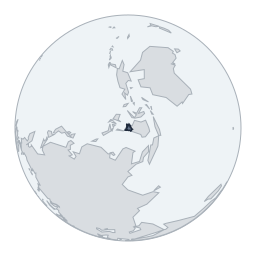 the Earth from above Sabah, rotated 239°
{"feature_id": "MYS-1186", "entity_name": "Sabah", "entity_type": "State", "adm_level": 1, "iso_a3": "MYS", "parent_name": "Malaysia", "parent_adm1": "", "projection": "orthographic", "projection_center": [117.356, 5.751], "detail": "fine", "context": "on_globe", "style": "filled", "palette": "slate", "viewbox_px": 256, "rotation_deg": 239, "n_neighbors": 0, "source": "natural_earth", "source_scale": "10m", "svg_char_len": 9939}
<svg xmlns="http://www.w3.org/2000/svg" viewBox="0 0 256 256"><g transform="rotate(239 128 128)"><circle cx="128" cy="128" r="113" fill="#eef3f6" stroke="#a8b0b8"/><path d="M224.1,164.0L224.0,164.8L223.9,164.9L224.1,164.0ZM183.3,29.8L182.6,29.6L185.7,31.7L182.1,29.5L190.7,35.7L192.1,38.3L188.2,33.9L186.0,32.5L185.8,33.2L183.5,31.9L182.1,31.7L179.4,30.2L177.3,28.2L175.5,27.3L175.5,27.9L172.7,27.1L173.0,26.2L168.3,24.8L163.9,22.1L166.8,22.3L175.2,25.7L183.3,29.8ZM234.4,92.2L233.5,89.8L234.1,91.0L234.4,92.2ZM232.9,88.5L233.2,89.3L232.9,88.7L232.9,88.5ZM232.7,88.3L232.8,88.5L232.7,88.5L232.7,88.3ZM232.5,88.3L232.5,88.2L232.6,88.3L232.5,88.3ZM231.8,87.5L231.6,87.2L231.6,86.9L231.8,87.5ZM188.5,33.7L188.4,33.3L189.3,34.2L188.5,33.7ZM182.4,31.9L183.2,32.5L182.1,32.2L182.4,31.9ZM177.0,29.7L175.0,29.1L176.6,29.3L177.0,29.7ZM173.7,28.5L169.0,27.5L170.3,28.6L163.9,25.3L170.0,27.0L171.8,27.0L172.0,27.7L173.7,28.5ZM161.1,23.7L159.7,23.3L160.8,23.4L161.1,23.7ZM33.0,67.5L31.4,70.8L32.0,71.4L38.7,62.5L37.6,61.1L41.1,56.6L44.8,53.9L46.3,55.8L47.6,54.1L49.7,49.7L53.2,47.2L50.8,48.0L49.5,49.8L48.0,50.6L49.1,49.0L50.3,48.1L50.7,47.1L45.1,52.2L43.1,54.6L42.3,54.9L39.0,59.0L38.1,60.1L43.6,53.4L49.7,47.0L56.2,41.2L63.1,35.9L63.1,36.0L64.1,35.3L67.6,33.0L66.8,33.6L70.4,31.3L71.8,31.1L73.2,29.7L77.5,27.5L80.6,26.2L82.3,25.3L77.1,27.5L74.8,28.7L72.4,30.0L70.5,31.2L78.0,27.0L85.9,23.5L89.5,22.3L91.7,22.0L86.0,25.5L83.0,26.5L83.6,25.6L79.1,28.2L81.3,27.1L80.6,27.9L84.5,26.4L84.2,26.9L88.5,24.8L88.5,25.3L85.8,26.5L91.6,25.3L92.9,26.1L94.3,25.7L95.5,24.9L96.4,26.8L97.4,26.4L97.5,25.6L99.7,24.3L103.8,23.0L103.9,23.7L102.4,24.3L99.4,26.8L95.4,28.5L95.9,28.7L99.3,27.4L103.0,24.3L105.5,23.4L104.1,24.7L104.8,24.1L106.0,23.9L107.3,24.4L109.0,23.0L122.6,20.8L126.5,22.1L123.7,23.2L133.3,23.7L136.9,25.8L137.0,24.9L141.7,25.0L140.6,24.3L141.0,24.0L152.5,24.9L155.3,25.9L160.3,26.1L160.4,25.8L158.7,24.9L163.9,25.3L170.3,28.6L169.9,29.2L174.2,31.2L172.5,32.3L173.1,34.5L168.8,35.0L169.7,36.9L171.3,37.6L173.7,41.0L173.0,46.4L166.5,39.1L166.0,32.1L165.6,34.5L163.6,33.2L162.2,33.7L162.0,35.7L163.3,36.4L152.3,37.2L147.9,42.7L153.3,43.2L156.1,45.7L155.7,54.2L143.3,64.9L146.9,69.7L146.7,72.6L142.7,73.9L142.9,69.6L139.3,67.6L140.0,65.3L133.7,66.4L134.4,63.1L129.0,65.9L130.4,68.8L135.8,68.8L130.9,73.1L135.6,78.7L135.5,84.9L125.3,95.0L116.0,97.6L115.3,99.5L111.9,96.9L106.9,100.5L112.7,112.8L112.3,116.3L104.5,122.1L104.4,119.6L95.5,112.5L93.4,120.6L100.1,128.1L102.4,136.5L97.1,133.4L94.8,126.1L91.6,123.4L92.8,116.3L90.8,105.5L85.4,107.0L86.1,102.8L82.6,94.0L75.0,96.0L62.8,106.0L60.5,116.7L56.6,121.1L53.0,105.0L54.2,94.7L51.2,95.3L49.0,86.3L40.2,84.4L40.4,81.8L38.5,82.7L37.1,79.7L38.2,75.5L36.7,75.4L34.3,86.6L36.1,86.8L39.8,83.1L38.6,87.1L40.1,91.1L32.9,99.9L22.4,106.5L24.0,98.5L29.4,76.5L30.7,74.4L30.8,74.1L31.0,73.6L28.9,77.1L30.7,73.1L25.0,87.7L22.9,94.1L22.2,107.0L21.7,108.1L22.2,111.0L27.2,109.1L26.6,111.8L22.7,123.7L18.1,139.4L20.2,151.5L22.4,161.5L22.9,167.3L26.2,175.3L26.9,177.6L29.2,182.0L31.0,185.2L27.0,178.0L23.7,170.4L20.8,162.7L18.6,154.7L16.9,146.6L15.8,138.4L15.4,130.2L15.5,121.9L16.3,113.7L17.6,105.6L19.6,97.5L22.1,89.7L25.2,82.0L28.8,74.6L33.0,67.5ZM45.1,63.0L47.7,64.3L51.2,58.3L52.5,58.5L53.1,56.5L51.4,57.9L53.8,52.9L56.5,51.8L58.6,49.6L57.8,49.1L52.3,52.0L48.9,58.9L46.3,61.0L45.1,63.0ZM115.7,16.0L114.9,16.1L115.7,16.0ZM122.4,15.5L122.2,15.5L118.5,15.8L118.9,15.7L122.4,15.5ZM102.7,18.4L104.1,18.1L104.7,18.0L108.6,17.2L108.9,17.3L106.5,17.8L102.7,18.4ZM37.2,63.8L35.7,65.3L36.2,64.3L36.6,64.0L37.2,63.8ZM36.7,62.0L35.8,63.5L36.3,62.7L36.7,62.0ZM103.6,18.4L105.2,18.0L104.3,18.3L103.6,18.4ZM109.2,17.3L108.5,17.6L109.3,17.2L109.2,17.3ZM72.3,217.1L74.7,218.5L73.4,218.4L72.3,217.1ZM28.0,161.7L31.9,178.7L30.2,178.3L27.6,173.0L24.6,162.5L25.8,160.0L25.7,155.5L28.0,161.7ZM131.1,157.7L134.6,158.5L134.5,159.0L131.1,157.7ZM127.5,155.6L131.4,156.1L126.8,156.7L127.5,155.6ZM133.0,156.3L137.0,155.6L138.8,154.9L138.5,156.0L133.0,156.3ZM124.8,155.5L110.4,154.2L104.8,152.3L106.0,150.5L115.1,151.8L124.8,155.5ZM105.6,150.4L97.1,144.3L85.9,127.7L89.9,128.3L101.7,138.8L100.9,140.3L106.1,145.0L105.6,150.4ZM126.4,142.2L125.6,147.1L117.6,146.0L114.0,144.9L111.5,138.4L112.9,135.3L115.9,135.6L127.6,125.7L131.6,128.7L127.9,132.9L131.2,137.5L126.4,142.2ZM60.9,117.7L62.7,124.5L60.6,125.3L60.9,117.7ZM132.5,118.6L127.6,122.9L132.2,117.0L132.5,118.6ZM135.3,112.9L135.5,115.3L133.7,112.9L135.3,112.9ZM115.0,102.7L111.8,103.0L111.9,101.4L115.9,100.1L115.0,102.7ZM135.3,90.3L134.9,95.0L134.2,96.5L133.0,93.5L135.3,90.3ZM107.7,20.9L101.9,21.7L97.9,22.8L95.8,24.1L96.3,22.8L102.5,21.1L107.7,20.9ZM120.7,20.7L122.5,19.9L123.4,20.3L123.1,20.5L120.7,20.7ZM120.6,20.2L119.7,19.2L121.7,18.8L122.1,19.6L120.6,20.2ZM111.4,18.1L109.7,18.3L110.4,18.0L111.4,18.1ZM197.5,206.4L198.4,207.3L195.1,210.2L190.8,213.2L187.1,214.0L197.5,206.4ZM167.2,212.4L167.3,208.7L171.8,208.7L169.7,211.8L167.2,212.4ZM200.4,204.1L203.4,200.9L204.7,196.7L204.1,200.5L206.1,200.8L199.2,207.0L200.4,204.1ZM151.2,195.9L129.1,201.6L124.2,200.3L125.4,197.3L120.9,187.4L122.5,187.8L121.4,181.3L134.5,176.4L143.8,166.4L151.1,167.6L156.6,160.3L164.1,161.5L161.9,167.4L169.7,172.0L175.1,158.8L179.7,173.7L185.3,179.4L186.7,188.8L176.2,203.7L170.4,206.3L169.3,204.7L166.8,206.1L163.1,205.2L161.1,200.0L158.7,201.4L161.0,197.8L157.5,200.9L155.6,197.5L151.2,195.9ZM204.9,173.8L206.0,174.3L207.6,177.0L205.9,176.4L204.9,173.8ZM221.4,166.8L221.8,168.1L220.7,168.3L221.4,166.8ZM223.9,164.9L222.6,165.3L224.1,164.0L223.9,164.9ZM210.8,165.7L211.3,166.7L210.9,166.9L210.8,165.7ZM210.4,165.3L211.1,163.9L210.9,165.4L210.4,165.3ZM205.3,157.0L206.0,156.3L206.3,156.9L205.3,157.0ZM139.8,159.0L144.6,155.5L147.3,155.4L139.8,159.0ZM204.4,155.3L202.7,155.0L202.9,154.2L204.4,155.3ZM204.5,153.5L204.3,152.4L205.3,155.0L204.5,153.5ZM201.3,150.7L203.3,152.9L201.1,150.9L201.3,150.7ZM200.1,150.9L198.6,149.9L198.7,149.6L200.1,150.9ZM183.3,150.9L188.8,157.9L184.4,157.3L179.4,152.8L175.5,156.2L166.6,154.9L168.6,152.7L167.4,149.1L158.3,146.9L156.4,144.4L159.7,143.2L153.6,140.8L160.2,140.3L162.9,145.3L166.7,141.9L173.1,143.4L179.4,145.6L184.5,149.6L183.3,150.9ZM160.3,150.7L161.4,150.8L160.4,152.2L160.3,150.7ZM195.8,147.0L197.9,149.5L197.7,150.1L196.6,149.6L195.8,147.0ZM185.7,148.9L191.1,145.5L192.4,145.6L188.8,149.8L185.7,148.9ZM189.8,142.8L192.3,143.6L193.7,145.9L193.1,146.5L189.8,142.8ZM146.8,145.2L146.6,146.5L144.9,145.4L146.8,145.2ZM149.0,144.6L154.2,146.5L148.6,145.7L149.0,144.6ZM133.6,138.8L135.0,142.0L139.7,140.4L136.2,143.0L139.4,148.3L138.3,150.2L135.1,144.4L134.0,150.0L131.9,149.7L130.8,144.7L132.9,139.0L134.9,136.7L143.4,136.4L133.6,138.8ZM149.0,140.8L147.6,137.1L148.7,134.8L150.1,136.8L149.0,140.8ZM143.7,128.2L140.2,123.8L136.9,125.1L143.6,120.0L145.8,125.0L143.7,128.2ZM140.8,119.0L137.7,120.2L140.9,117.2L140.8,119.0ZM137.0,118.8L136.7,115.9L139.1,116.5L137.0,118.8ZM142.4,119.3L143.1,114.6L144.2,117.5L142.4,119.3ZM135.9,109.6L140.9,114.6L134.2,112.1L134.3,103.1L137.1,103.1L135.9,109.6ZM153.6,76.6L153.0,74.2L155.7,74.0L155.3,75.7L153.6,76.6ZM163.8,72.0L156.2,73.2L150.0,74.6L151.8,75.9L150.3,79.6L147.7,75.7L152.2,71.9L156.8,71.6L157.7,68.5L161.3,66.9L160.8,63.0L162.4,61.7L164.2,65.2L163.8,72.0ZM160.4,61.4L160.8,55.2L165.7,56.7L166.7,58.4L164.5,60.6L162.0,59.6L160.4,61.4ZM162.4,54.2L160.0,53.3L155.7,44.3L156.0,42.9L161.9,50.0L160.0,49.6L160.2,51.7L162.4,54.2ZM160.0,23.7L159.7,23.4L160.8,23.8L160.0,23.7ZM140.3,23.6L141.1,23.2L142.4,23.6L140.3,23.6ZM143.9,22.4L141.9,22.2L144.0,22.1L143.9,22.4ZM137.4,21.9L141.1,22.0L137.6,22.3L137.4,21.9Z" fill="#d9dde1" stroke="#a8b0b8" stroke-width="1"/><path d="M126.5,130.8L126.4,130.7L126.3,130.8L126.2,130.8L126.0,130.7L125.8,130.7L125.6,130.7L125.6,130.8L125.4,130.9L125.2,130.8L125.1,130.7L125.0,130.8L124.9,130.9L124.9,131.0L124.7,131.1L124.7,130.9L124.6,130.7L124.5,130.3L124.6,130.2L124.6,129.9L124.6,129.6L124.4,129.6L124.2,129.5L124.3,129.4L124.5,129.3L124.5,129.1L124.4,129.1L124.2,128.9L124.1,128.7L124.3,128.6L124.5,128.4L124.6,128.2L124.6,128.3L124.9,128.4L125.0,128.4L125.1,128.2L125.4,127.9L125.5,127.6L125.6,127.4L125.6,127.2L125.8,127.0L125.9,126.9L126.0,126.9L126.3,126.6L126.4,126.4L126.6,126.1L126.7,125.9L126.7,125.7L126.8,125.6L127.0,125.6L127.0,125.8L127.0,125.7L126.9,125.8L127.0,125.9L127.0,126.0L126.9,126.2L126.9,126.3L127.0,126.4L127.3,126.1L127.3,125.9L127.4,125.7L127.5,125.6L127.4,125.6L127.5,125.6L127.8,125.6L127.8,125.8L127.8,126.0L127.9,126.3L128.0,126.3L128.3,126.3L128.4,126.5L128.5,126.5L128.8,126.7L128.7,126.8L128.7,127.0L128.6,127.3L128.6,127.5L128.3,127.7L128.2,127.8L128.4,127.7L128.6,127.7L128.8,127.7L129.0,127.6L129.2,127.4L129.3,127.4L129.4,127.5L129.5,127.8L129.4,127.9L129.1,127.9L129.1,128.0L129.4,128.1L129.5,128.1L129.6,127.9L129.8,127.8L130.0,127.9L130.4,128.1L130.4,128.4L130.5,128.2L130.7,128.4L130.8,128.4L130.9,128.5L131.0,128.5L131.3,128.7L131.5,128.6L131.8,128.8L131.7,128.9L131.7,129.1L131.5,129.3L131.2,129.4L130.8,129.5L130.7,129.6L130.4,129.5L130.2,129.6L130.1,129.4L129.9,129.5L129.7,129.5L129.5,129.8L129.7,130.0L129.8,130.1L130.0,130.2L130.1,130.3L130.1,130.2L130.2,130.3L130.3,130.5L130.3,130.4L130.5,130.6L130.4,130.6L130.0,130.8L130.0,130.7L129.9,130.8L129.7,130.8L129.3,131.0L129.2,131.0L129.1,130.9L128.9,130.8L128.7,130.7L128.5,130.8L128.5,131.0L128.4,131.1L128.2,131.1L128.0,130.9L127.8,130.9L127.7,130.7L127.6,130.8L127.3,130.8L127.2,130.8L126.9,130.8L126.8,130.7L126.7,130.7L126.7,130.8L126.5,130.8ZM127.6,124.9L127.8,124.8L127.8,125.1L127.6,125.2L127.5,125.3L127.4,125.3L127.4,125.1L127.5,125.0L127.6,124.9ZM128.7,131.1L128.6,130.9L128.8,131.0L129.1,131.1L128.7,131.1L128.7,131.1ZM128.2,126.0L128.3,126.1L128.2,126.2L128.2,126.3L128.0,126.2L128.2,126.0ZM130.3,130.2L130.4,130.3L130.3,130.2L130.3,130.3L130.2,130.2L129.9,130.1L130.1,130.1L130.3,130.2ZM127.3,124.8L127.3,125.0L127.2,125.0L127.3,125.0L127.1,125.1L127.2,124.9L127.3,124.8ZM130.6,130.5L130.8,130.5L130.7,130.5L130.6,130.5Z" fill="#64748b" stroke="#1e293b" stroke-width="1.5"/></g></svg>